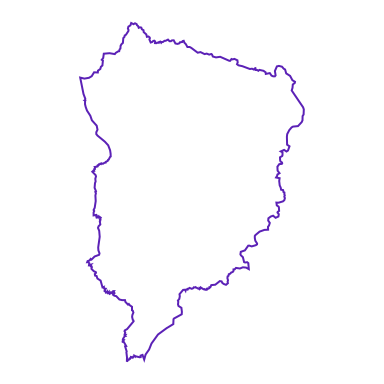 Noen Maprang, Phitsanulok, Thailand
{"feature_id": "78962969B82229803115956", "entity_name": "Noen Maprang", "entity_type": "district", "adm_level": 2, "iso_a3": "THA", "parent_name": "Thailand", "parent_adm1": "Phitsanulok", "projection": "orthographic", "projection_center": [100.656, 16.557], "detail": "fine", "context": "isolated", "style": "outline", "palette": "violet", "viewbox_px": 384, "rotation_deg": 0, "n_neighbors": 0, "source": "geoboundaries", "source_scale": "gbopen_adm2", "svg_char_len": 5892}
<svg xmlns="http://www.w3.org/2000/svg" viewBox="0 0 384 384"><path d="M303.6,114.5L303.8,109.4L303.1,107.3L291.7,90.5L292.5,87.9L292.8,84.5L294.8,82.9L295.0,81.8L292.4,80.2L290.1,75.9L286.2,73.4L285.1,69.5L283.7,68.7L282.0,66.7L278.9,65.9L276.9,66.4L274.9,71.0L275.6,75.4L274.9,76.3L273.1,76.3L271.5,75.6L269.8,73.1L265.8,73.9L265.6,72.3L263.5,70.8L259.4,69.9L258.3,70.8L257.4,70.1L255.8,70.0L255.4,68.2L254.8,68.4L253.9,69.6L252.0,68.7L249.9,69.0L242.4,66.2L238.4,65.3L237.0,64.2L237.7,62.4L237.4,60.3L234.4,58.9L232.6,59.4L231.5,59.0L230.2,60.8L229.3,60.8L220.2,56.8L216.0,57.4L212.8,56.5L212.0,54.5L211.3,54.0L209.2,54.6L206.7,53.6L204.6,54.1L200.5,52.1L197.7,52.7L191.3,47.9L189.7,47.0L187.4,47.0L185.8,44.1L184.4,42.7L183.7,40.8L182.6,41.1L182.2,42.0L179.9,42.3L179.4,43.3L177.6,43.9L175.4,43.5L173.7,40.3L171.9,40.4L170.9,41.2L169.5,41.2L168.0,39.6L165.6,40.8L164.5,40.8L162.9,42.0L161.9,42.0L161.2,42.8L160.4,41.6L159.1,42.0L158.8,42.8L158.0,42.5L156.3,43.2L155.0,43.1L155.2,41.5L154.4,40.7L153.3,40.9L152.2,42.0L150.7,42.5L149.4,39.5L149.9,38.1L149.6,37.4L148.5,36.5L146.9,36.8L146.3,34.4L143.7,32.1L143.5,30.2L141.9,29.3L141.3,27.6L139.9,27.3L138.7,27.8L138.1,26.1L137.0,25.2L136.6,24.1L135.0,23.3L133.5,24.2L131.2,23.0L130.4,25.4L128.4,26.6L127.9,28.6L128.5,29.9L128.4,31.0L126.0,34.7L124.7,35.5L124.5,36.8L123.3,38.1L122.9,42.9L121.4,44.3L120.6,45.8L120.4,48.6L119.6,49.4L119.2,51.2L118.3,51.3L115.7,52.9L114.8,54.1L109.6,53.2L103.8,53.7L103.2,58.0L101.8,59.8L102.9,60.6L102.4,65.5L100.9,66.8L100.3,69.0L98.0,70.6L97.8,72.5L94.1,72.3L91.7,76.2L89.0,77.8L84.4,78.6L80.2,77.6L83.5,94.0L85.3,98.8L85.1,99.6L85.3,100.3L84.7,100.5L85.1,100.8L85.0,104.1L85.7,107.0L87.0,110.6L90.3,115.7L91.9,120.3L96.7,125.7L97.5,129.7L96.3,132.2L96.3,134.1L97.5,135.6L104.9,141.7L108.2,145.3L110.1,150.3L110.6,153.6L110.7,156.5L110.0,157.0L108.7,159.6L108.1,159.8L107.7,160.9L105.9,161.8L105.7,162.6L104.6,162.7L102.9,163.8L101.4,163.3L101.0,164.1L100.1,163.8L99.3,164.6L98.9,164.4L97.8,166.1L97.4,165.7L96.9,166.6L95.2,166.9L95.5,167.2L95.0,167.5L94.9,168.8L94.5,168.8L94.6,169.4L93.9,170.0L94.1,170.8L93.4,170.7L92.3,171.7L95.6,175.1L96.0,176.4L95.3,178.8L95.6,181.5L95.0,183.1L94.6,187.8L96.0,191.3L95.3,191.9L95.9,193.1L95.4,195.5L95.7,201.1L94.7,207.8L93.6,210.0L94.2,211.0L93.6,212.4L93.6,215.4L96.4,214.9L97.0,216.1L96.3,216.5L96.6,217.6L97.5,217.5L98.6,216.4L99.0,217.5L99.8,217.0L100.7,217.7L100.2,218.3L100.5,219.2L99.9,219.7L100.3,220.7L99.8,221.3L100.3,224.5L98.6,226.2L98.0,227.9L99.2,230.8L99.7,236.8L98.2,247.4L98.4,250.4L99.5,253.3L99.1,254.8L94.6,256.5L91.6,259.5L91.2,259.7L90.6,259.0L89.4,260.5L87.6,261.1L87.2,262.2L88.3,262.1L89.3,263.3L89.0,265.2L90.8,264.7L90.0,265.6L90.6,266.1L90.7,265.8L91.3,265.9L91.9,267.1L91.5,267.6L91.5,268.9L93.8,271.2L95.8,272.1L96.0,272.8L94.8,274.0L95.1,275.6L96.6,276.0L97.4,278.5L100.6,280.6L102.5,287.4L103.6,287.0L103.4,287.6L103.9,288.1L104.4,288.1L105.0,288.9L105.6,288.9L105.1,289.9L104.6,290.1L104.6,291.1L105.4,291.3L105.8,292.4L106.2,292.1L106.9,292.6L107.4,291.5L108.1,293.0L108.8,292.2L108.8,293.1L109.8,292.8L109.9,293.7L111.0,293.1L111.2,292.4L112.0,292.9L111.9,292.3L113.0,291.9L113.2,291.1L114.0,291.1L113.6,291.7L114.5,293.1L113.1,294.8L114.3,295.7L116.3,296.2L119.4,299.5L122.0,300.1L125.0,300.1L125.4,301.9L128.0,304.6L128.8,304.0L129.6,305.1L132.0,306.8L132.0,310.3L132.8,310.7L133.4,312.6L132.4,314.9L132.1,316.9L132.8,319.9L133.4,320.4L133.6,321.3L127.1,329.1L124.8,330.4L124.5,331.2L125.2,332.4L124.6,334.6L125.5,334.7L124.9,335.4L125.4,336.0L124.8,336.1L123.1,338.7L122.9,339.4L123.9,339.9L122.6,341.2L122.7,341.9L123.8,341.9L126.2,346.1L125.1,346.4L126.7,351.5L126.4,352.3L127.0,357.5L126.9,360.9L127.4,361.0L127.9,359.9L128.8,359.8L129.4,358.6L130.0,358.8L130.8,357.2L131.3,357.4L131.2,357.0L133.0,357.4L133.3,356.5L134.1,356.1L134.6,356.4L134.5,355.7L135.6,356.3L140.4,357.4L140.4,357.8L140.8,357.0L140.6,355.6L142.5,354.9L144.2,359.6L145.6,354.5L149.1,349.5L151.5,343.5L158.0,334.5L166.7,328.1L173.3,324.1L173.5,319.2L174.0,318.5L181.7,314.3L181.9,311.9L181.4,307.8L178.5,306.0L178.0,304.3L178.3,301.8L177.9,300.6L179.3,298.9L179.8,296.2L179.5,294.2L183.1,289.9L185.0,289.7L185.5,290.6L185.6,290.1L186.7,289.4L187.5,289.6L187.7,288.8L188.6,288.7L189.5,287.9L191.8,288.8L193.2,288.2L193.8,287.3L195.4,287.5L195.6,287.2L198.3,288.7L199.4,288.5L199.6,289.1L200.3,288.6L200.0,287.9L200.7,288.0L200.8,287.5L203.6,289.3L204.6,289.1L205.0,289.7L206.2,289.8L206.7,289.0L207.1,289.3L207.5,288.5L208.4,288.7L209.4,288.1L209.4,287.2L210.4,287.1L211.3,285.1L215.3,284.7L219.8,281.1L221.6,281.4L222.3,282.9L223.8,284.0L226.0,284.8L227.9,283.2L227.6,281.8L228.0,280.2L227.4,278.2L227.6,276.4L228.5,275.8L228.8,274.2L230.2,273.7L231.2,272.5L232.7,272.0L233.5,270.9L233.5,269.4L234.7,269.3L236.0,267.9L239.9,268.5L242.9,267.3L246.1,267.6L248.8,269.1L248.3,263.1L247.2,262.2L245.1,262.5L244.1,262.1L242.9,257.2L240.9,255.3L240.4,254.3L240.8,251.8L244.9,250.4L248.2,245.7L249.2,245.6L251.7,246.4L255.8,245.2L257.0,244.4L257.1,243.5L255.3,240.7L254.8,238.0L254.8,236.0L255.4,235.1L259.6,231.6L264.4,229.9L268.1,229.7L268.0,226.8L269.0,225.5L269.8,222.9L268.2,220.6L268.4,218.3L270.8,216.5L273.1,215.7L275.6,217.8L278.4,216.5L278.8,214.2L277.5,212.6L277.7,211.9L279.1,210.9L278.9,207.5L278.6,206.6L276.8,205.4L276.4,202.6L278.5,202.7L282.9,201.4L284.3,200.2L284.9,198.1L284.3,196.7L284.8,195.3L284.4,194.6L284.4,192.5L283.5,192.1L283.1,190.1L281.1,189.7L280.7,187.6L279.7,185.4L279.2,181.0L279.6,178.2L276.1,177.5L277.2,175.7L277.4,174.5L279.5,173.2L277.6,170.7L277.4,166.7L279.3,164.1L281.8,163.9L282.2,163.3L282.0,162.5L280.5,161.5L280.1,160.1L280.0,157.3L282.2,156.0L282.5,155.1L282.5,152.4L280.8,151.4L284.1,149.9L286.5,151.5L288.0,150.5L289.5,146.3L287.1,144.7L286.9,136.8L287.2,134.1L289.3,130.1L291.6,127.4L293.0,126.6L298.0,126.1L301.7,122.1L302.5,120.3L302.6,116.1L303.6,114.5Z" fill="none" stroke="#5b21b6" stroke-width="2"/></svg>